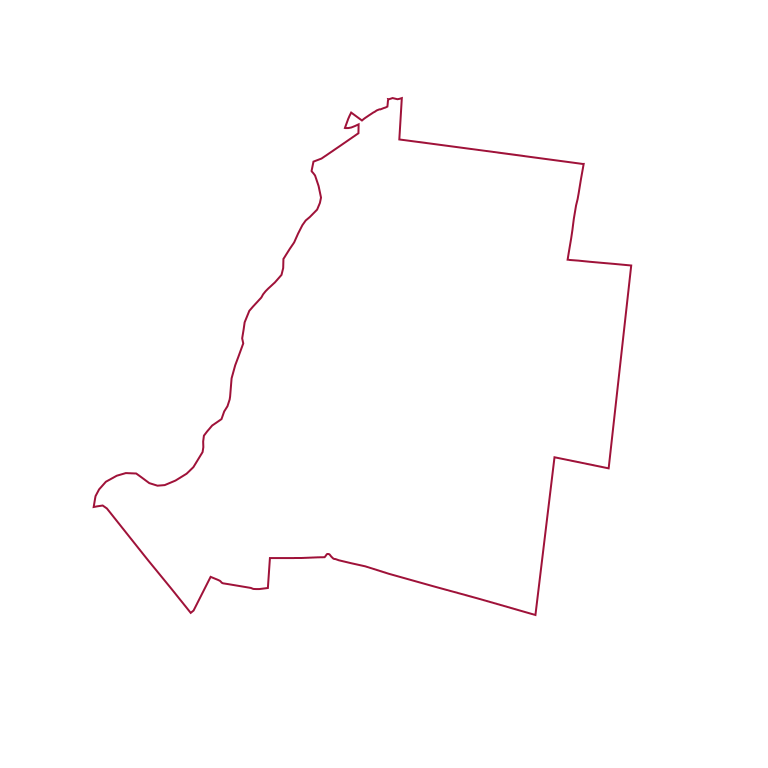 outline of Felnac, Arad, Romania, rotated 288°
{"feature_id": "2599482B41938678080549", "entity_name": "Felnac", "entity_type": "district", "adm_level": 2, "iso_a3": "ROU", "parent_name": "Romania", "parent_adm1": "Arad", "projection": "natural_earth1", "projection_center": [21.145, 46.113], "detail": "fine", "context": "isolated", "style": "outline", "palette": "rose", "viewbox_px": 768, "rotation_deg": 288, "n_neighbors": 0, "source": "geoboundaries", "source_scale": "gbopen_adm2", "svg_char_len": 2326}
<svg xmlns="http://www.w3.org/2000/svg" viewBox="0 0 768 768"><g transform="rotate(288 384 384)"><path d="M655.0,505.9L654.7,505.1L652.9,495.2L633.2,387.5L627.3,355.4L621.3,323.0L661.4,312.6L659.8,310.3L659.0,308.8L658.6,303.8L657.4,302.2L656.3,300.6L656.2,299.9L655.6,300.3L654.8,300.2L653.0,300.6L651.3,301.0L648.9,301.5L647.4,300.0L646.8,299.1L646.2,298.3L645.1,297.0L644.0,295.6L643.9,295.0L643.4,294.3L641.9,292.5L639.8,290.9L639.1,290.1L637.2,288.6L635.1,286.9L632.9,285.2L631.5,284.1L630.0,283.0L627.8,281.6L632.0,268.9L631.5,268.8L629.8,268.6L628.7,268.4L626.7,268.2L625.6,268.1L624.7,268.0L623.8,268.0L621.0,267.9L618.1,267.8L617.8,267.8L615.4,267.7L615.4,267.9L616.4,271.0L617.9,273.7L620.4,276.7L623.1,279.6L621.8,280.0L614.6,282.2L596.8,268.6L579.1,254.9L573.7,248.2L566.7,249.0L564.2,249.3L563.8,249.7L562.6,251.7L561.0,254.0L552.1,260.6L541.8,266.5L536.4,267.1L529.2,266.5L519.8,261.8L515.3,259.0L509.9,257.3L500.4,255.8L490.9,254.8L487.1,253.7L483.3,252.6L476.2,250.8L474.1,250.3L471.9,249.7L463.1,252.3L456.1,252.8L447.0,248.9L439.0,244.4L435.6,242.7L431.9,241.3L428.3,240.6L417.2,235.5L412.0,233.3L399.6,232.4L392.8,233.6L383.6,235.0L379.1,237.6L365.0,237.1L355.8,236.7L342.3,237.3L324.6,241.5L321.6,242.0L314.5,242.0L308.5,240.5L300.4,240.3L291.4,233.4L284.1,230.4L279.2,228.7L273.4,229.8L268.1,231.7L263.2,232.5L246.0,228.4L237.7,224.0L227.7,215.5L220.1,206.7L217.3,200.0L217.2,191.4L220.4,181.9L222.3,176.0L219.5,166.0L214.2,158.2L205.1,149.7L195.7,145.6L188.2,144.3L184.6,144.8L177.3,145.9L179.0,149.0L181.5,154.0L180.0,158.9L147.4,208.1L143.0,214.8L123.8,244.7L106.6,270.9L109.7,272.9L147.0,278.7L146.6,283.9L146.4,286.6L146.1,288.8L145.5,290.1L144.9,291.0L144.7,292.5L145.6,298.2L148.9,320.4L148.7,323.0L149.5,325.9L150.5,328.9L154.1,336.6L183.2,329.3L192.8,358.7L198.8,374.9L200.9,381.0L202.1,381.5L204.3,382.2L204.8,382.6L205.2,384.0L205.0,385.0L203.6,387.1L202.4,389.5L202.2,390.7L202.5,391.9L202.4,395.5L203.4,408.0L204.8,422.5L205.0,447.2L206.9,494.1L208.8,534.7L209.0,538.9L211.1,599.4L367.0,568.8L373.2,623.7L374.8,623.4L573.1,582.5L569.3,565.6L566.4,553.1L563.8,541.8L561.4,530.7L559.3,522.1L559.2,520.9L559.0,520.2L566.2,519.1L580.4,517.0L588.7,515.6L592.8,514.8L599.7,513.5L613.1,511.5L619.7,511.0L625.5,510.2L639.1,508.1L655.0,505.9Z" fill="none" stroke="#9f1239" stroke-width="2"/></g></svg>